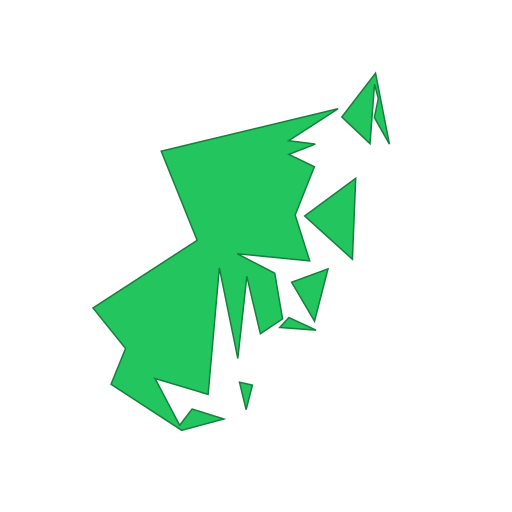 outline of Troms, rotated 155°
{"feature_id": "NOR-900", "entity_name": "Troms", "entity_type": "County", "adm_level": 1, "iso_a3": "NOR", "parent_name": "Norway", "parent_adm1": "", "projection": "albers", "projection_center": [18.955, 69.32], "detail": "coarse", "context": "isolated", "style": "filled", "palette": "green", "viewbox_px": 512, "rotation_deg": 155, "n_neighbors": 0, "source": "natural_earth", "source_scale": "10m", "svg_char_len": 770}
<svg xmlns="http://www.w3.org/2000/svg" viewBox="0 0 512 512"><g transform="rotate(155 256 256)"><path d="M425.7,277.8L302.7,295.1L297.6,391.1L119.3,354.8L177.7,346.7L155.0,332.4L183.3,334.2L165.4,312.2L203.2,276.6L209.4,228.9L272.1,266.0L246.3,232.5L258.5,187.8L284.9,183.7L272.9,241.5L315.8,170.8L294.2,260.8L357.9,150.8L399.3,187.7L396.7,134.9L378.6,144.3L354.1,121.9L397.0,129.4L441.6,201.0L413.3,227.3L425.7,277.8ZM170.0,212.3L195.0,271.7L132.8,284.3L170.0,212.3ZM87.8,301.0L90.2,331.5L78.6,347.0L76.0,361.6L105.2,309.6L119.5,345.7L70.4,371.2L87.8,301.0ZM230.5,172.2L234.8,217.2L196.2,213.9L230.5,172.2ZM232.9,163.4L264.7,181.2L252.2,186.3L232.9,163.4ZM329.9,120.9L324.3,148.6L313.8,140.5L329.9,120.9Z" fill="#22c55e" stroke="#15803d" stroke-width="1.5"/></g></svg>